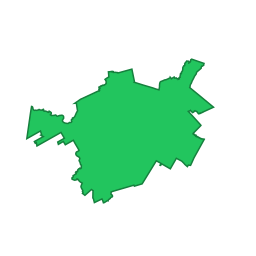 the district of Los Ramones, Nuevo León, Mexico, rotated 65°
{"feature_id": "50627088B22007781023237", "entity_name": "Los Ramones", "entity_type": "district", "adm_level": 2, "iso_a3": "MEX", "parent_name": "Mexico", "parent_adm1": "Nuevo León", "projection": "albers", "projection_center": [-99.613, 25.654], "detail": "fine", "context": "isolated", "style": "filled", "palette": "green", "viewbox_px": 256, "rotation_deg": 65, "n_neighbors": 0, "source": "geoboundaries", "source_scale": "gbopen_adm2", "svg_char_len": 5563}
<svg xmlns="http://www.w3.org/2000/svg" viewBox="0 0 256 256"><g transform="rotate(65 128 128)"><path d="M170.4,63.6L170.1,63.8L170.0,64.4L169.4,64.9L169.3,65.6L169.1,65.8L168.6,66.0L168.4,66.6L167.7,66.8L167.5,67.3L167.2,67.4L166.9,67.4L166.6,67.7L166.5,67.8L166.6,68.0L166.4,68.3L166.1,68.4L165.7,68.3L165.4,68.4L165.3,68.8L165.2,69.1L164.7,69.1L164.5,69.4L164.6,69.6L164.6,69.8L164.2,70.1L163.6,69.4L163.2,69.4L163.0,69.9L162.8,69.9L162.7,70.2L162.7,70.4L162.8,70.5L162.7,70.7L161.6,70.7L161.4,71.4L161.1,71.5L160.5,71.4L160.2,70.8L160.3,70.7L160.1,70.5L160.0,70.1L156.5,60.8L156.2,60.8L153.5,61.6L138.4,66.3L138.6,64.4L138.4,64.0L139.8,63.6L141.4,62.9L141.2,61.4L141.0,61.0L140.6,60.7L140.6,60.0L140.9,59.9L141.6,59.3L142.0,58.7L142.5,58.7L142.8,58.5L144.6,58.2L144.8,58.1L144.9,57.7L145.0,57.7L144.9,56.5L145.3,56.6L145.3,53.4L145.2,53.4L145.3,41.7L117.4,55.0L117.0,54.5L116.3,54.0L115.6,53.6L115.0,53.0L114.0,51.5L112.5,50.0L110.8,47.7L109.2,45.8L107.8,43.3L106.7,42.5L106.5,42.2L106.3,41.8L104.8,36.5L103.8,35.9L103.1,35.1L103.1,34.9L103.4,34.5L103.0,32.7L102.3,32.5L101.6,31.8L92.5,41.2L92.7,42.3L93.9,43.0L94.4,43.7L94.7,44.3L94.7,45.3L94.4,45.1L93.2,44.7L92.1,46.5L92.8,47.6L92.8,48.0L92.9,48.3L93.6,49.1L93.8,49.5L94.5,49.7L94.7,49.8L95.4,50.4L95.2,51.2L96.3,52.7L97.9,53.6L98.2,53.7L99.1,54.5L99.5,54.8L100.0,56.0L101.0,56.5L100.9,57.1L101.4,57.3L101.3,57.8L102.1,58.1L102.7,58.6L103.0,59.0L104.0,59.2L104.0,60.4L105.1,60.7L105.1,62.0L104.4,61.8L104.0,62.6L103.7,63.0L103.0,63.1L102.6,64.6L101.3,64.6L101.7,67.9L101.1,67.9L99.8,68.3L100.2,68.6L100.4,69.2L100.3,69.5L100.4,70.0L100.3,70.6L100.4,71.0L100.3,73.1L99.9,74.6L99.9,77.6L99.7,78.1L99.9,79.3L100.8,80.3L102.6,81.4L104.1,82.1L106.5,83.8L104.4,86.3L102.2,88.5L95.5,96.1L89.1,103.1L88.8,102.6L76.3,99.6L73.9,113.7L73.4,114.0L73.4,114.3L73.1,114.5L72.1,116.1L71.4,117.8L70.7,117.5L70.3,118.8L69.9,118.6L69.3,120.8L68.8,122.0L73.6,123.8L73.8,125.9L74.2,128.3L74.3,128.3L74.7,128.0L75.3,128.0L75.5,128.2L76.2,128.0L76.6,128.2L77.1,128.3L77.8,128.8L78.5,129.0L78.5,129.4L78.7,129.6L78.9,130.4L78.9,131.1L79.2,131.8L79.0,132.1L78.7,132.2L78.5,132.5L78.6,132.8L78.5,133.4L78.7,133.8L78.5,134.3L78.7,134.5L78.5,134.8L78.7,135.0L78.5,135.4L78.9,136.0L78.7,136.3L78.7,136.5L78.6,136.8L78.9,136.9L79.1,137.2L79.3,137.1L79.5,136.8L80.2,136.8L80.1,137.2L80.3,137.4L80.3,137.6L80.5,137.7L80.5,137.9L80.9,138.2L81.3,138.3L81.2,137.8L81.3,137.7L81.5,137.7L82.0,137.9L82.0,138.0L82.3,138.3L81.9,140.0L81.9,158.9L83.1,165.7L83.6,164.3L90.4,166.3L91.1,166.4L92.2,168.1L95.2,171.5L95.7,172.9L95.5,173.5L95.5,174.0L96.4,174.2L96.5,174.3L96.5,174.8L96.3,174.9L96.3,175.2L96.5,175.7L97.1,176.1L97.9,176.2L98.4,176.2L98.7,176.7L98.9,177.1L98.9,177.5L98.2,178.8L98.3,179.2L98.6,179.9L98.6,180.3L97.9,181.6L96.8,183.1L96.2,183.6L95.6,184.0L94.9,184.3L94.4,184.5L94.1,184.4L93.1,184.0L92.7,183.3L92.0,182.2L90.9,181.7L90.1,181.5L89.7,181.6L89.4,181.7L88.8,182.1L88.4,182.6L88.2,183.6L87.9,184.0L87.8,184.3L87.5,187.1L87.1,187.5L86.0,187.8L85.5,188.3L85.4,189.4L84.8,191.0L84.5,191.6L84.5,191.9L83.4,192.7L83.2,192.8L83.0,192.5L83.0,192.0L82.6,191.5L81.8,191.1L81.5,191.1L80.2,191.8L80.0,192.2L79.4,192.4L79.6,192.7L80.1,193.1L80.2,193.3L80.1,193.7L79.6,194.1L79.0,194.4L78.1,195.3L77.9,195.6L77.8,195.9L77.5,196.1L77.5,196.7L77.4,196.8L77.0,197.1L76.3,197.0L75.9,197.0L75.6,196.7L75.4,196.7L75.2,196.8L75.2,197.0L75.4,197.3L75.3,198.1L75.6,197.8L75.8,197.8L75.7,198.1L74.9,199.6L74.5,200.1L74.1,200.2L73.6,200.8L73.8,201.4L73.5,202.7L73.6,203.1L72.7,204.4L72.7,204.5L72.5,205.4L71.7,205.9L71.0,206.0L69.6,205.9L69.1,205.6L68.4,205.7L68.0,205.9L67.7,206.3L73.0,209.9L94.9,224.2L93.7,208.6L97.5,209.1L97.6,210.1L100.0,208.4L100.7,218.6L102.6,218.5L102.5,217.3L105.8,218.1L103.7,190.6L110.4,190.0L111.0,197.6L113.4,198.0L112.9,192.3L116.7,191.9L116.0,182.7L119.7,182.5L125.8,181.9L127.7,181.9L128.0,183.8L127.9,184.4L128.1,185.1L128.6,185.7L129.1,186.1L129.6,186.3L130.5,186.4L131.4,186.2L132.4,185.6L133.3,184.9L134.4,184.5L135.1,184.5L135.3,184.5L135.6,184.7L135.7,185.0L136.1,185.3L136.9,186.1L137.7,186.1L139.4,186.0L140.1,186.3L140.8,186.4L141.6,186.3L141.9,186.0L142.6,186.2L142.8,186.4L144.5,187.2L144.6,187.6L144.8,187.7L144.9,187.9L144.9,188.0L144.6,188.2L144.1,188.4L144.0,188.6L144.4,189.0L144.2,189.7L144.2,190.0L144.8,191.3L145.6,191.6L145.8,192.0L146.2,192.2L146.1,192.5L145.8,192.7L145.6,193.1L145.6,193.3L145.9,193.4L145.9,193.7L146.0,193.7L146.3,193.7L146.5,193.7L146.5,194.3L147.1,194.1L147.4,194.1L147.5,194.2L147.7,194.8L147.6,195.1L147.6,195.5L147.9,196.8L147.9,197.0L148.0,197.3L147.9,197.8L148.1,198.0L148.8,198.1L149.1,198.3L149.3,198.6L149.4,199.7L150.4,200.3L150.7,200.1L150.9,200.2L152.0,199.2L152.7,198.5L152.9,198.0L153.2,196.3L152.5,195.7L152.7,195.4L153.0,195.2L153.3,195.3L153.6,195.2L153.7,194.9L153.8,194.8L155.2,194.7L156.5,194.2L158.6,192.8L159.8,194.1L161.0,195.3L162.2,195.6L165.8,195.4L166.2,196.1L167.6,196.0L168.0,196.9L170.8,195.5L168.3,187.1L170.2,186.1L170.8,186.6L171.6,187.0L176.5,189.4L177.8,189.3L181.4,190.0L181.3,181.6L183.3,181.6L185.4,181.9L185.6,181.0L185.2,177.9L185.1,177.6L185.6,176.8L185.2,176.6L184.8,176.1L184.4,174.1L184.2,173.6L183.8,173.1L183.6,172.6L183.8,171.6L183.5,171.0L182.3,170.6L182.1,170.8L181.4,171.1L180.7,171.4L179.2,170.4L178.9,170.4L178.9,169.1L182.3,146.8L183.4,146.8L184.6,138.8L169.7,116.2L174.1,113.0L175.2,114.7L175.7,114.2L174.6,112.7L182.9,106.9L177.2,98.8L175.9,97.0L180.7,93.3L183.7,92.2L185.0,91.9L187.0,91.0L188.1,90.5L187.1,89.0L188.3,87.1L186.4,84.8L183.0,80.9L170.4,63.6Z" fill="#22c55e" stroke="#15803d" stroke-width="1.5"/></g></svg>